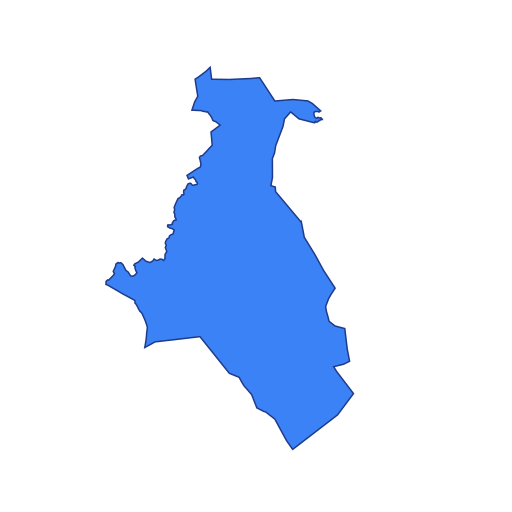 Kebbe, Sokoto, Nigeria, rotated 139°
{"feature_id": "59680162B95103667512911", "entity_name": "Kebbe", "entity_type": "district", "adm_level": 2, "iso_a3": "NGA", "parent_name": "Nigeria", "parent_adm1": "Sokoto", "projection": "mercator", "projection_center": [4.676, 11.883], "detail": "fine", "context": "isolated", "style": "filled", "palette": "blue", "viewbox_px": 512, "rotation_deg": 139, "n_neighbors": 0, "source": "geoboundaries", "source_scale": "gbopen_adm2", "svg_char_len": 3610}
<svg xmlns="http://www.w3.org/2000/svg" viewBox="0 0 512 512"><g transform="rotate(139 256 256)"><path d="M355.2,86.0L298.7,82.6L272.7,88.2L270.9,116.2L270.0,121.5L260.7,116.8L254.4,115.2L248.2,125.9L236.6,143.0L242.3,151.4L243.7,158.8L241.6,162.8L239.4,167.6L236.6,172.2L228.9,176.3L224.5,177.8L217.4,179.8L214.5,200.6L210.6,218.5L207.3,238.4L199.4,252.0L199.7,251.9L199.0,291.7L196.2,295.4L198.6,299.3L192.1,304.4L179.7,318.8L174.4,321.6L168.8,326.3L150.6,336.1L144.5,340.8L135.3,342.0L133.6,331.3L124.6,318.3L124.1,318.0L123.7,318.1L123.1,318.7L122.7,318.3L122.4,317.3L121.8,316.8L121.2,316.9L120.6,316.9L119.7,316.6L118.9,316.3L118.2,316.6L117.6,316.4L117.1,315.9L116.4,315.5L116.3,315.9L116.3,316.4L116.3,317.1L116.3,317.7L116.8,318.1L117.7,318.6L117.9,319.3L118.1,319.9L118.9,320.1L119.8,320.0L120.0,320.4L120.1,320.8L120.5,321.9L120.4,322.6L120.0,323.6L119.3,324.9L118.7,325.8L117.9,326.4L117.0,326.2L115.8,325.7L115.0,324.9L114.4,324.3L114.0,323.3L112.8,323.3L112.0,323.1L113.4,334.0L115.1,339.0L125.5,349.9L140.1,360.6L136.3,388.2L143.5,393.4L160.3,406.7L173.5,418.5L166.8,428.5L172.5,428.2L182.5,428.9L186.0,429.4L195.2,414.7L201.1,412.6L208.7,408.1L202.0,401.7L201.1,400.0L199.8,398.6L198.9,397.1L197.9,396.5L198.2,394.7L198.1,392.9L198.4,391.7L198.5,389.9L199.0,388.3L199.6,387.0L199.5,386.1L198.3,383.9L197.7,381.3L197.2,378.3L208.6,379.1L216.4,368.3L220.1,368.0L224.1,367.5L230.4,366.9L232.4,367.9L234.2,367.4L235.3,364.9L235.9,364.0L237.0,361.8L238.8,360.2L239.9,359.7L242.8,360.4L255.2,362.1L256.4,358.5L251.5,356.7L251.7,355.6L251.7,353.1L251.8,352.7L252.1,352.3L252.3,351.9L252.3,351.4L252.3,351.1L252.3,350.6L252.3,350.2L252.2,349.9L252.3,349.6L252.4,349.4L252.6,349.1L253.0,349.0L253.5,348.8L254.0,348.9L254.3,349.2L254.8,349.5L255.1,349.8L255.4,349.9L255.9,349.9L256.3,350.2L256.5,350.3L256.9,350.5L257.2,350.7L257.5,351.2L257.6,351.9L257.6,352.3L257.5,352.9L257.6,353.4L258.0,354.2L258.8,354.6L259.9,355.0L262.5,354.1L264.4,352.9L266.2,352.7L267.2,353.1L268.6,351.9L269.2,350.9L269.6,350.1L270.6,349.7L271.6,350.8L272.4,350.5L275.0,350.0L277.2,350.5L281.3,348.7L284.2,347.3L285.6,346.5L286.1,346.2L286.6,345.0L287.2,344.0L288.2,343.6L289.5,342.5L289.6,341.2L291.6,338.7L292.0,336.6L292.3,336.0L292.8,335.6L293.3,335.8L293.7,336.2L294.1,336.5L294.8,336.5L295.3,336.6L296.0,336.2L296.3,336.2L296.8,336.0L297.2,335.8L297.7,335.8L297.9,335.4L297.9,335.1L298.5,334.9L299.3,335.1L299.7,335.4L300.5,335.7L301.4,336.8L302.3,337.3L303.5,336.1L302.7,333.7L301.2,331.4L300.7,329.3L302.7,328.1L304.0,327.0L306.0,327.8L308.2,327.9L309.8,326.7L311.9,327.3L314.9,326.1L316.2,325.0L316.7,322.9L318.9,321.9L319.4,320.6L320.4,317.9L323.6,316.9L326.5,313.7L328.7,313.3L329.1,315.3L330.5,316.7L332.8,317.1L334.3,318.3L334.9,320.6L336.9,320.0L340.3,320.6L342.5,324.4L343.1,328.9L348.7,328.6L352.7,329.6L354.3,329.2L354.0,327.4L355.1,326.5L356.2,324.1L356.9,321.5L359.5,321.1L362.1,321.5L363.7,323.2L363.6,323.9L363.0,327.7L363.6,330.5L363.0,333.0L362.1,336.7L362.3,339.3L362.9,340.0L364.2,340.6L364.3,341.6L366.8,341.9L369.1,340.2L373.9,338.0L374.5,335.4L376.4,335.0L379.7,334.7L380.7,334.7L381.8,334.5L382.5,334.4L382.8,334.7L383.4,334.8L383.7,335.3L385.8,335.2L387.9,333.0L386.9,331.0L381.3,314.5L376.6,302.0L378.3,299.6L378.1,298.5L378.6,296.0L379.4,293.0L379.9,290.3L379.6,288.7L379.8,287.2L380.7,284.1L382.2,279.4L384.0,275.0L385.0,273.2L388.6,270.0L392.7,266.0L395.6,263.5L400.0,259.9L388.5,257.4L351.2,231.9L353.1,184.9L348.3,175.5L349.6,169.7L350.2,165.7L350.2,154.3L355.0,140.8L352.1,133.6L351.0,131.9L348.8,120.5L354.1,96.6L355.2,86.0Z" fill="#3b82f6" stroke="#1e3a8a" stroke-width="1.5"/></g></svg>